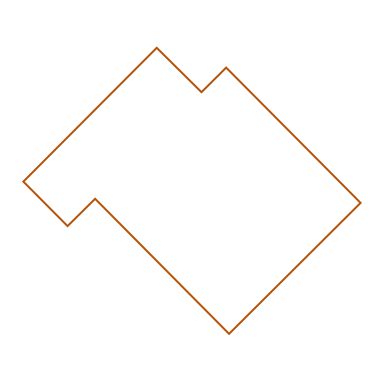 outline of Ida, Iowa, United States of America, rotated 315°
{"feature_id": "52423323B51370966156719", "entity_name": "Ida", "entity_type": "district", "adm_level": 2, "iso_a3": "USA", "parent_name": "United States of America", "parent_adm1": "Iowa", "projection": "mercator", "projection_center": [-95.508, 42.386], "detail": "fine", "context": "isolated", "style": "outline", "palette": "amber", "viewbox_px": 384, "rotation_deg": 315, "n_neighbors": 0, "source": "geoboundaries", "source_scale": "gbopen_adm2", "svg_char_len": 270}
<svg xmlns="http://www.w3.org/2000/svg" viewBox="0 0 384 384"><g transform="rotate(315 192 192)"><path d="M303.5,318.9L304.1,128.2L269.3,128.1L269.0,65.1L80.1,65.4L79.9,128.1L118.7,128.3L117.9,318.5L303.5,318.9Z" fill="none" stroke="#b45309" stroke-width="2"/></g></svg>